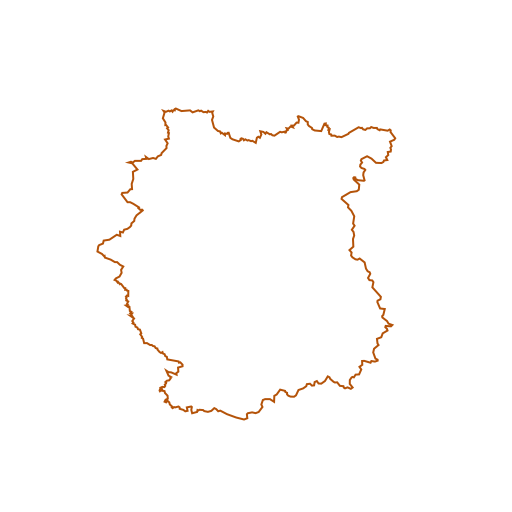 the district of San Sebastián del Oeste, Jalisco, Mexico, rotated 117°
{"feature_id": "50627088B9683107212546", "entity_name": "San Sebastián del Oeste", "entity_type": "district", "adm_level": 2, "iso_a3": "MEX", "parent_name": "Mexico", "parent_adm1": "Jalisco", "projection": "equal_earth", "projection_center": [-104.835, 20.855], "detail": "fine", "context": "isolated", "style": "outline", "palette": "amber", "viewbox_px": 512, "rotation_deg": 117, "n_neighbors": 0, "source": "geoboundaries", "source_scale": "gbopen_adm2", "svg_char_len": 6143}
<svg xmlns="http://www.w3.org/2000/svg" viewBox="0 0 512 512"><g transform="rotate(117 256 256)"><path d="M407.1,192.4L404.5,190.1L401.1,192.3L399.8,191.9L397.1,188.5L396.2,185.0L393.8,182.8L387.6,181.7L385.9,183.8L381.2,184.5L379.4,182.9L377.2,178.6L377.7,173.7L372.3,176.2L370.0,174.7L364.1,173.8L363.0,168.9L363.8,168.2L363.8,166.2L365.2,165.5L365.8,163.8L365.6,161.4L364.1,158.2L362.0,157.1L356.1,157.3L352.6,153.9L349.2,152.1L347.1,152.5L345.3,149.9L346.1,147.3L344.9,145.5L341.7,146.5L339.8,145.0L341.2,142.4L340.1,139.9L336.1,137.8L330.7,137.4L330.7,135.5L331.8,134.1L332.9,129.7L332.9,128.3L331.7,126.3L333.6,122.3L332.3,119.0L333.4,118.0L333.5,116.6L331.5,114.8L331.3,111.2L329.3,110.2L327.4,114.4L323.9,116.1L320.9,115.7L320.0,115.2L319.7,113.7L316.5,113.4L314.7,110.4L309.3,110.7L307.8,113.5L304.7,111.9L301.4,113.8L300.3,112.0L299.1,105.5L297.2,105.5L296.1,102.1L294.0,100.1L293.2,100.6L293.2,103.0L288.7,107.8L285.0,108.7L279.7,106.4L278.8,108.0L274.9,110.6L271.5,107.5L267.4,108.0L262.7,105.0L261.4,106.3L260.7,108.5L259.4,108.7L257.4,103.8L255.6,103.2L256.1,107.2L254.5,109.7L253.4,115.5L252.3,116.3L250.7,115.8L244.8,117.2L246.4,121.6L241.9,127.0L240.6,127.4L238.1,125.5L235.7,126.2L231.1,138.1L226.0,139.5L225.0,141.3L226.0,144.0L224.7,146.2L220.0,146.1L218.9,147.3L218.9,149.6L217.3,152.3L212.4,156.3L211.2,162.5L213.2,163.9L213.8,165.9L213.4,169.5L212.4,171.5L209.5,172.4L208.3,175.4L203.5,173.5L196.8,177.3L193.2,177.8L190.3,180.0L189.1,182.5L184.3,181.9L183.0,184.2L176.0,186.5L172.4,191.6L170.9,196.1L168.6,196.8L166.3,205.7L164.5,206.1L156.2,200.8L152.5,195.6L150.3,194.5L145.5,196.4L143.5,203.6L142.4,204.7L141.3,204.4L140.9,203.2L142.1,202.4L142.2,199.7L140.0,194.0L139.3,193.6L135.3,197.2L132.7,198.1L129.7,197.7L129.2,198.9L129.7,202.0L129.0,203.9L127.2,204.5L124.6,203.9L123.4,205.9L121.8,206.0L116.7,202.3L116.8,197.3L118.5,191.4L116.2,186.4L114.4,185.2L112.8,185.3L110.9,182.6L109.0,185.1L106.0,184.0L103.5,185.8L101.8,183.4L99.9,184.0L98.6,185.4L96.5,185.0L93.3,188.5L89.7,185.6L87.9,185.4L84.5,192.4L82.9,193.0L82.6,194.3L84.6,195.6L86.8,202.8L87.8,202.9L87.8,205.4L87.0,206.4L88.5,209.4L88.8,211.9L90.5,212.5L91.8,214.9L94.0,215.8L94.5,218.0L93.7,219.8L94.4,220.5L94.7,223.0L104.1,229.1L105.2,229.1L111.3,233.8L112.0,236.4L113.1,237.7L113.0,240.5L114.6,243.4L113.6,244.2L114.0,246.0L112.5,247.3L109.8,247.9L110.6,248.8L108.7,249.4L108.5,251.2L107.3,251.5L107.8,253.3L106.2,254.0L107.0,255.1L115.1,254.6L117.5,260.7L117.5,263.5L116.5,264.3L116.1,267.9L115.3,269.6L113.1,270.7L113.2,272.7L111.6,276.7L112.1,281.3L112.6,281.6L112.2,282.7L115.0,279.6L118.0,278.7L118.7,280.4L122.6,281.4L123.5,283.2L124.6,281.6L124.9,284.0L127.8,284.9L128.3,286.7L129.5,285.0L130.4,285.8L132.4,285.5L132.8,286.0L132.2,286.9L134.1,289.2L134.4,290.9L140.4,294.2L141.0,296.2L140.5,298.0L141.3,298.9L141.0,302.9L142.8,303.1L142.1,305.7L142.9,308.8L145.3,306.4L148.9,306.2L148.7,308.1L150.2,308.9L155.3,307.6L155.0,311.5L155.9,312.5L156.1,315.2L157.0,316.0L156.9,318.5L158.4,319.3L157.5,320.8L157.8,322.5L158.9,322.9L159.5,322.2L161.7,323.4L162.7,330.0L162.4,332.5L158.6,336.3L159.1,337.1L160.3,337.2L160.9,339.2L162.4,338.5L161.7,342.5L162.7,343.0L161.3,344.7L161.9,346.6L160.6,351.7L154.7,357.0L151.1,357.4L148.2,360.1L146.8,360.1L148.7,362.9L148.4,364.5L150.4,364.8L150.4,366.1L151.7,368.1L151.4,370.9L152.5,371.8L152.4,373.5L156.8,377.7L156.2,380.9L160.7,388.2L161.0,394.4L162.0,395.1L163.1,394.5L163.6,395.8L165.3,395.9L164.7,397.4L166.3,398.4L166.2,399.9L168.4,401.7L168.7,404.3L169.7,402.6L175.6,401.5L178.1,397.3L180.5,396.2L180.1,395.6L181.4,392.7L182.6,393.2L183.6,390.9L186.1,390.4L186.0,389.4L189.3,388.5L191.0,386.9L193.5,389.9L195.7,385.9L198.6,385.8L200.5,384.7L207.2,386.8L209.0,386.4L211.8,388.7L214.9,389.3L215.4,392.2L218.3,395.5L217.7,399.1L219.2,397.7L221.3,401.3L223.4,401.6L226.2,407.1L228.7,408.2L228.8,410.2L230.5,411.9L229.6,408.3L232.8,400.9L236.9,403.9L243.1,400.3L248.2,399.5L252.7,396.8L253.6,398.3L257.8,399.3L260.5,403.8L262.1,403.7L266.4,394.9L265.2,392.5L265.2,389.1L265.8,382.4L266.7,382.6L267.4,380.2L266.4,378.3L266.8,377.6L274.0,380.9L277.9,381.2L280.1,380.4L283.5,381.8L285.6,381.0L287.5,381.5L290.2,382.9L292.4,385.4L295.5,385.3L296.1,388.2L299.8,386.0L300.3,389.7L308.0,394.0L311.4,398.7L314.4,398.0L317.5,400.7L319.0,400.9L324.0,399.3L324.1,394.1L325.1,391.4L324.6,391.0L326.0,389.9L325.2,383.9L325.5,379.0L324.5,376.9L325.6,373.3L325.6,369.5L329.6,369.9L332.0,368.1L336.3,368.3L339.6,370.7L341.5,371.1L341.4,369.3L342.4,367.3L341.7,367.2L342.8,364.7L342.3,364.6L342.2,363.4L344.4,358.8L344.0,357.9L345.5,357.2L344.8,356.0L345.4,355.3L345.1,353.9L349.6,351.7L349.9,353.1L351.4,353.4L351.8,352.5L353.1,352.4L353.7,351.2L354.5,351.3L354.5,349.2L357.1,349.2L357.7,347.8L359.1,349.5L359.5,346.8L358.9,345.6L362.3,343.4L362.3,341.8L363.9,342.0L363.3,340.3L364.9,340.6L365.6,339.3L366.3,341.1L367.0,336.3L370.1,336.7L371.0,335.0L372.1,335.3L372.1,332.5L373.7,331.3L373.6,329.2L374.8,327.9L374.3,326.0L377.0,323.1L378.3,323.6L379.7,320.8L380.8,320.6L380.9,319.1L384.4,316.1L383.1,313.6L383.4,309.9L382.6,308.5L383.0,306.9L382.5,305.4L383.6,303.6L383.2,301.9L384.1,301.3L385.3,298.4L385.5,296.6L384.1,295.7L385.1,294.8L385.0,292.8L386.4,291.4L386.3,289.7L388.4,288.1L385.1,277.1L386.0,276.2L385.1,275.2L386.2,272.1L387.6,271.4L390.8,274.8L394.3,272.7L396.5,273.8L397.8,272.9L398.2,278.7L399.2,281.3L398.9,283.8L402.3,279.6L402.4,277.1L402.8,277.5L403.6,276.5L406.2,276.9L407.6,278.8L409.4,279.5L409.6,278.5L410.5,278.3L412.0,278.9L412.9,277.9L414.4,278.1L415.1,280.0L416.6,281.2L417.3,279.1L418.6,279.0L418.6,281.0L419.7,280.8L420.1,280.2L419.1,279.8L417.9,276.2L419.4,274.9L420.6,271.4L423.2,269.8L425.1,271.3L427.3,271.3L427.2,269.6L425.2,269.1L425.8,266.8L427.4,265.4L428.2,262.5L429.1,262.4L429.4,261.2L427.8,260.4L427.6,259.3L425.3,256.7L425.6,255.3L426.8,254.6L426.1,250.9L426.5,248.5L425.0,246.7L422.3,248.9L419.5,245.4L419.7,244.6L422.5,243.8L425.1,241.5L421.7,237.7L419.8,238.2L419.8,237.2L418.7,236.6L417.3,233.2L417.7,231.7L416.7,228.1L414.3,225.5L410.5,224.1L410.5,221.9L411.5,219.2L410.0,217.6L410.1,210.1L408.9,200.3L407.1,192.4Z" fill="none" stroke="#b45309" stroke-width="2"/></g></svg>